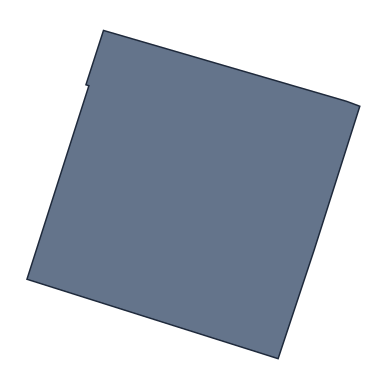 Grundy, Missouri, United States of America (Albers equal-area conic projection), rotated 198°
{"feature_id": "52423323B63054850520902", "entity_name": "Grundy", "entity_type": "district", "adm_level": 2, "iso_a3": "USA", "parent_name": "United States of America", "parent_adm1": "Missouri", "projection": "albers", "projection_center": [-93.583, 40.113], "detail": "fine", "context": "isolated", "style": "filled", "palette": "slate", "viewbox_px": 384, "rotation_deg": 198, "n_neighbors": 0, "source": "geoboundaries", "source_scale": "gbopen_adm2", "svg_char_len": 272}
<svg xmlns="http://www.w3.org/2000/svg" viewBox="0 0 384 384"><g transform="rotate(198 192 192)"><path d="M58.9,325.4L73.1,326.0L326.1,318.3L326.0,261.2L322.9,261.2L322.0,58.0L58.6,60.1L57.9,174.3L58.9,325.4Z" fill="#64748b" stroke="#1e293b" stroke-width="1.5"/></g></svg>